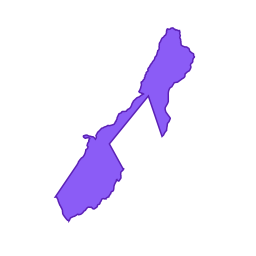 La Poma, Salta, Argentina, rotated 210°
{"feature_id": "61730980B84051306954372", "entity_name": "La Poma", "entity_type": "district", "adm_level": 2, "iso_a3": "ARG", "parent_name": "Argentina", "parent_adm1": "Salta", "projection": "natural_earth1", "projection_center": [-66.198, -24.176], "detail": "fine", "context": "isolated", "style": "filled", "palette": "violet", "viewbox_px": 256, "rotation_deg": 210, "n_neighbors": 0, "source": "geoboundaries", "source_scale": "gbopen_adm2", "svg_char_len": 5885}
<svg xmlns="http://www.w3.org/2000/svg" viewBox="0 0 256 256"><g transform="rotate(210 128 128)"><path d="M140.9,209.8L140.6,209.2L140.4,208.1L139.9,206.5L139.6,204.9L139.7,204.1L139.9,203.7L140.0,203.0L139.9,202.3L139.6,201.5L139.4,200.2L139.8,197.9L139.8,195.9L140.1,194.9L139.9,194.2L140.0,193.8L140.2,193.4L139.9,191.8L140.0,191.4L140.2,190.9L140.3,189.6L140.2,188.9L139.9,188.3L139.3,187.8L139.3,187.5L139.3,186.9L139.6,186.4L139.9,185.3L139.8,184.5L139.5,184.2L139.3,183.7L139.6,182.4L139.3,181.8L138.9,181.2L138.8,180.9L138.8,180.5L139.0,180.1L138.4,179.1L138.3,178.8L138.6,178.0L138.8,176.9L138.8,176.4L138.7,175.8L138.7,175.5L139.2,175.0L139.5,174.5L139.5,174.2L139.1,173.9L139.1,173.5L138.3,172.7L137.7,171.5L137.5,170.4L136.9,168.4L136.9,167.7L136.7,166.9L136.7,166.4L136.8,165.4L136.7,164.9L135.5,164.6L134.7,164.9L134.2,164.9L133.7,164.8L133.2,164.9L132.6,165.3L131.6,165.2L132.9,163.0L133.8,160.6L134.5,159.8L135.0,159.2L135.4,158.6L136.8,153.8L136.6,152.8L136.7,151.4L136.3,149.6L136.2,148.9L136.1,147.3L136.2,146.6L136.6,145.5L137.2,144.3L137.7,143.8L137.8,141.8L139.2,140.6L139.8,140.3L141.0,139.6L141.3,139.2L141.5,138.6L141.4,138.1L141.6,137.6L141.9,137.2L142.0,136.9L142.9,135.9L142.9,134.8L142.8,134.3L142.7,132.7L142.5,131.2L142.0,130.2L142.0,128.3L141.8,127.9L141.7,127.5L142.0,127.1L141.9,125.8L141.8,125.4L142.1,124.0L143.7,122.2L144.9,121.0L145.9,120.4L146.6,120.3L147.0,119.7L147.3,119.1L147.6,118.5L148.9,117.1L149.3,116.5L149.5,115.9L149.8,115.5L150.7,114.6L150.9,113.8L151.1,112.8L151.5,111.2L151.8,110.0L152.1,109.3L152.1,108.7L152.0,108.0L152.0,106.0L151.9,105.3L151.3,105.0L150.9,104.4L150.8,104.0L150.6,103.6L150.6,102.0L152.8,102.8L154.0,102.9L155.0,102.3L156.0,102.2L158.1,101.4L159.8,101.4L160.8,100.9L162.6,99.0L162.4,98.3L161.9,97.9L160.2,97.7L159.7,97.8L159.5,98.0L158.8,98.8L158.1,99.4L156.8,99.9L156.0,100.0L155.8,99.7L155.8,99.3L155.9,98.6L155.8,98.0L155.7,97.5L155.2,96.9L155.2,96.5L155.3,94.6L155.2,94.2L155.0,93.9L154.9,93.0L154.7,92.6L154.7,92.3L154.4,92.1L153.6,92.0L153.3,91.8L152.9,90.8L153.0,89.6L153.1,89.1L153.6,88.3L153.6,87.9L153.2,87.1L152.8,85.6L152.5,84.6L152.4,82.9L152.3,82.6L152.5,80.5L152.9,79.4L153.3,78.8L153.5,77.6L153.7,76.8L153.8,75.2L154.0,74.4L154.0,74.1L153.8,73.4L153.7,72.4L153.7,70.4L156.5,31.8L156.2,32.0L155.8,32.1L155.5,32.4L155.1,32.5L153.9,31.5L153.1,31.2L152.9,31.0L152.4,30.4L151.3,29.3L150.7,29.0L149.7,28.0L148.8,27.5L148.6,27.2L147.2,26.5L146.8,26.1L146.1,25.8L146.0,25.6L145.3,25.3L144.5,24.6L144.2,24.5L143.6,23.9L142.9,22.8L142.4,22.2L141.8,21.3L141.3,20.9L140.7,20.5L139.6,20.0L139.1,19.7L138.2,19.4L137.8,19.1L137.4,19.0L135.6,18.3L134.2,17.9L133.7,18.0L133.3,18.4L132.9,18.3L132.7,18.0L132.6,19.1L132.9,21.0L132.8,21.3L132.5,22.0L132.4,22.0L132.1,22.4L131.4,23.6L131.0,24.0L130.9,24.1L130.2,24.8L129.7,25.7L129.2,26.6L128.7,27.8L128.3,28.3L128.0,28.3L127.2,28.2L126.7,28.9L126.0,29.4L125.4,30.4L124.8,32.1L124.8,32.6L124.6,33.2L124.6,33.7L124.5,34.2L124.1,34.8L123.8,35.3L123.7,35.8L123.9,36.1L123.6,37.1L123.4,38.7L122.8,39.6L120.7,40.6L120.4,41.0L119.4,40.9L118.1,40.5L117.1,40.8L116.6,41.3L116.0,42.8L115.8,43.0L115.4,44.1L115.3,44.4L115.5,44.8L115.5,45.2L115.8,45.8L115.7,46.3L115.6,46.8L114.8,47.5L114.7,47.9L114.6,48.2L114.6,48.8L114.9,49.3L114.9,49.7L114.8,51.1L115.0,52.5L115.1,52.8L115.0,53.5L114.2,54.5L113.3,54.7L112.9,54.8L112.6,55.2L112.2,55.4L111.7,55.5L111.8,55.7L111.8,56.3L111.4,57.2L110.9,58.1L110.5,58.4L110.2,58.6L110.3,59.1L110.5,59.4L110.3,60.1L110.4,61.5L110.4,61.8L110.2,62.3L110.1,62.5L110.6,63.6L110.3,64.9L109.9,65.2L109.4,66.3L109.5,67.0L109.9,68.2L111.1,70.7L111.5,72.7L111.6,75.5L111.6,75.9L111.8,76.9L112.0,77.1L112.1,77.5L111.8,77.9L111.0,77.3L109.7,77.3L109.2,78.0L109.3,79.5L109.1,80.0L109.1,81.0L109.4,81.7L109.8,82.2L110.2,83.1L111.0,83.8L111.3,84.6L111.9,85.5L112.0,85.9L112.0,86.9L111.8,87.4L111.7,87.8L111.5,88.2L111.3,89.0L111.2,89.8L111.4,90.0L111.3,90.6L111.4,91.1L111.6,90.0L136.2,104.9L126.4,165.9L94.3,137.7L93.8,139.5L93.7,140.2L93.9,140.8L93.8,141.7L93.9,142.3L93.4,145.3L93.8,145.8L93.9,146.4L94.4,147.3L95.1,149.3L95.9,151.1L96.1,151.8L95.9,152.7L95.7,154.2L96.1,157.1L96.3,157.6L97.2,158.1L103.1,160.7L104.2,161.7L105.3,162.9L105.9,164.1L106.0,164.7L106.0,168.8L106.1,169.8L106.4,171.2L110.6,178.4L111.4,180.5L111.7,182.4L111.6,184.2L110.7,185.6L110.6,190.4L108.0,192.5L105.7,197.7L104.9,199.1L104.6,200.1L104.5,200.9L104.7,201.5L105.1,202.2L105.6,203.7L105.3,204.2L104.7,206.2L103.5,208.3L103.6,210.6L103.8,211.8L104.4,212.8L105.3,213.5L105.6,214.5L105.6,215.6L105.3,215.9L105.2,216.3L105.0,217.3L105.1,217.9L105.5,218.1L105.6,218.4L105.9,219.8L106.2,220.1L106.2,221.6L105.9,222.2L106.1,222.9L106.4,223.1L106.8,223.2L107.2,223.4L107.7,224.0L108.0,224.7L108.3,224.9L108.5,225.0L110.7,225.0L111.2,225.0L111.7,225.3L112.6,225.3L113.0,225.5L113.7,226.2L114.3,226.7L114.7,227.1L115.1,227.3L115.5,227.4L116.0,227.3L117.6,227.5L119.1,226.8L119.4,226.5L120.4,226.5L121.8,226.2L123.5,226.5L124.5,227.9L125.0,228.1L125.1,229.0L125.8,229.6L126.4,230.5L126.6,230.6L126.8,231.1L127.2,231.4L127.7,231.6L128.2,231.9L128.2,232.1L128.6,232.5L128.7,233.3L128.7,233.5L128.9,234.2L129.7,234.8L130.4,235.5L130.7,236.2L130.9,237.0L131.3,237.2L132.1,238.1L132.5,237.6L133.2,237.6L133.4,237.4L133.7,237.4L134.3,237.3L134.8,237.4L135.3,237.1L135.4,236.8L135.6,236.7L136.1,236.6L136.7,237.0L137.2,236.8L138.1,236.9L138.5,237.1L139.1,237.1L139.4,237.0L139.8,236.6L140.6,236.1L141.0,234.8L141.8,233.9L142.0,233.8L142.8,233.8L143.2,233.7L143.5,233.4L143.5,233.2L143.3,232.7L143.5,232.3L143.2,231.9L143.2,231.4L143.0,231.2L142.8,230.5L142.4,230.2L142.3,229.5L142.1,228.8L142.0,228.0L141.9,227.4L142.2,226.7L142.5,226.4L142.7,224.3L143.2,223.5L143.4,222.8L143.4,221.4L143.1,219.3L143.2,217.3L142.9,216.3L142.4,215.6L141.6,213.6L141.2,213.4L140.9,212.7L140.8,212.3L140.6,212.0L140.5,211.7L140.5,211.1L140.9,209.8Z" fill="#8b5cf6" stroke="#5b21b6" stroke-width="1.5"/></g></svg>